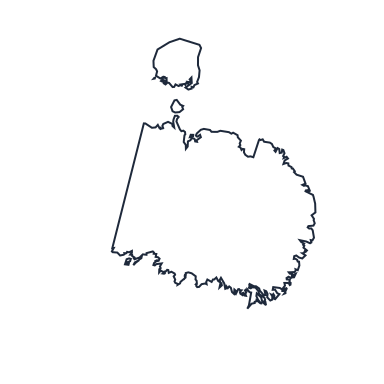 the district of North Vella la Vella, Western, Solomon Islands, rotated 145°
{"feature_id": "97153195B19966779892851", "entity_name": "North Vella la Vella", "entity_type": "district", "adm_level": 2, "iso_a3": "SLB", "parent_name": "Solomon Islands", "parent_adm1": "Western", "projection": "orthographic", "projection_center": [156.59, -7.704], "detail": "fine", "context": "isolated", "style": "outline", "palette": "slate", "viewbox_px": 384, "rotation_deg": 145, "n_neighbors": 0, "source": "geoboundaries", "source_scale": "gbopen_adm2", "svg_char_len": 5968}
<svg xmlns="http://www.w3.org/2000/svg" viewBox="0 0 384 384"><g transform="rotate(145 192 192)"><path d="M289.5,191.7L288.2,191.0L291.7,189.3L291.5,188.2L287.9,185.2L287.3,181.2L284.0,179.8L282.8,179.8L282.5,180.7L280.8,179.5L279.5,180.2L278.1,178.7L275.0,178.2L275.9,176.9L278.5,176.1L277.0,175.0L277.7,174.0L276.7,171.5L277.7,171.3L277.7,169.9L272.5,168.4L268.0,169.1L265.3,166.7L264.3,168.0L258.2,165.8L257.9,164.2L258.8,163.4L256.8,161.7L259.0,159.7L257.3,158.1L256.8,156.0L258.8,154.8L260.0,155.3L259.9,156.2L261.6,156.5L261.8,155.7L263.8,155.6L265.5,154.3L264.6,153.2L262.6,153.4L257.8,150.9L261.0,149.4L261.3,147.7L263.1,147.5L265.0,145.0L262.6,145.6L261.4,142.5L260.3,142.7L259.7,141.9L257.0,142.5L256.2,141.7L257.4,139.1L254.6,138.5L253.0,135.2L253.3,133.9L255.4,133.4L256.0,129.9L257.6,128.8L257.8,127.2L256.4,124.9L257.1,124.2L254.2,124.0L252.9,125.0L246.4,125.6L245.0,127.5L246.6,126.4L246.2,127.4L245.4,128.1L243.9,127.3L244.6,128.1L243.6,129.2L241.1,128.3L238.9,125.6L237.3,120.8L239.3,118.3L239.1,116.7L240.3,114.6L241.7,114.2L241.2,113.6L242.4,112.7L242.3,111.1L240.6,110.2L237.0,111.0L233.7,109.5L232.9,108.1L232.0,110.1L229.6,111.5L227.5,107.1L225.0,108.3L224.0,107.6L221.1,108.0L221.6,104.0L220.7,101.8L219.8,104.0L217.5,105.1L218.0,98.7L220.3,93.6L219.4,93.4L217.9,94.9L217.8,92.7L215.7,93.3L215.1,91.3L216.6,87.1L215.9,83.8L215.1,83.7L214.6,86.1L213.2,87.8L212.7,85.6L213.5,83.9L209.8,85.9L209.1,85.4L209.1,84.1L207.9,83.1L210.2,82.5L210.7,80.9L209.7,78.4L208.8,78.7L208.6,80.2L207.7,79.9L208.3,77.0L207.3,76.0L206.7,78.2L205.3,78.5L205.0,81.0L203.9,81.2L203.2,79.6L202.6,80.4L202.3,76.9L201.2,75.7L210.4,66.5L213.6,64.7L207.2,66.3L204.3,65.1L203.6,66.1L202.1,65.6L201.2,66.5L199.8,61.6L198.4,60.4L199.4,61.9L199.7,65.8L199.0,69.8L197.1,71.8L195.8,66.0L197.3,62.1L195.2,60.7L193.9,61.8L193.3,63.8L195.5,69.8L194.5,72.8L194.8,77.3L197.4,79.4L199.1,79.4L200.3,80.9L199.1,81.7L198.0,81.3L198.4,83.1L197.6,83.6L195.3,79.3L193.6,78.0L192.3,74.4L193.0,72.3L192.4,66.2L190.9,65.4L189.1,69.7L188.1,68.1L188.6,65.1L190.8,62.6L190.1,58.2L188.1,57.8L186.1,60.3L185.9,62.4L185.3,61.3L183.9,61.8L184.0,59.9L185.9,57.3L185.4,56.5L179.0,58.2L180.2,60.2L180.0,64.4L182.0,65.6L180.0,67.5L175.1,63.0L174.0,60.2L174.8,59.1L173.6,58.3L172.9,58.3L172.7,61.0L169.5,62.0L168.5,64.5L165.9,62.7L165.0,61.2L165.3,59.7L164.5,59.6L163.3,61.0L163.7,62.6L162.1,64.1L164.5,66.1L163.9,67.3L161.5,67.2L160.2,64.8L159.0,65.2L157.1,67.4L158.7,69.0L158.8,70.7L153.9,67.6L151.9,68.3L151.5,69.3L150.2,67.3L146.2,70.2L144.3,73.5L145.3,74.4L144.8,76.1L145.6,78.1L147.0,78.8L145.1,80.8L143.0,80.2L141.9,76.9L139.8,74.3L135.4,75.0L136.7,78.5L135.5,77.8L133.4,78.9L133.2,77.8L131.4,78.2L132.6,82.5L130.8,83.6L131.1,84.8L132.1,84.9L129.8,85.4L131.2,88.3L131.3,90.7L126.8,85.9L124.7,82.3L123.2,82.2L122.3,84.5L121.1,83.3L118.3,84.6L115.1,91.4L115.2,93.7L117.0,94.9L117.5,96.7L116.2,97.3L111.8,94.8L109.4,96.0L108.5,99.2L107.5,100.0L107.4,104.3L102.6,104.5L97.8,111.8L95.2,118.3L94.6,120.2L98.6,127.5L97.9,128.0L96.2,127.2L95.8,125.5L94.8,125.4L93.7,130.3L95.4,132.4L96.8,132.9L97.5,134.5L94.2,133.8L92.3,140.8L96.4,146.2L97.0,149.8L95.9,150.0L95.9,153.4L96.8,154.1L96.2,155.4L97.8,158.3L96.7,160.2L98.2,161.7L101.0,162.5L98.0,164.7L94.2,164.4L94.3,166.6L97.4,167.2L96.3,168.0L96.7,169.2L94.0,170.7L93.1,174.0L93.8,175.0L95.9,172.8L97.8,173.6L95.9,177.2L96.7,178.9L100.5,177.0L100.7,178.7L98.2,179.3L99.6,182.2L99.0,185.5L99.9,187.8L104.1,191.8L103.9,194.6L106.0,195.2L106.5,196.4L107.4,196.1L121.8,185.3L123.6,187.6L125.9,188.8L127.0,191.9L126.7,194.7L124.7,197.1L125.7,198.2L127.3,198.0L126.8,200.6L127.7,202.2L125.5,202.7L125.1,204.4L122.5,206.0L123.1,210.5L122.1,212.4L124.3,217.0L126.3,217.2L127.4,219.8L133.7,225.9L136.7,226.7L141.5,230.1L141.7,232.5L146.1,236.9L149.1,237.9L154.5,237.2L156.3,236.1L156.4,235.0L155.7,234.2L152.6,234.2L153.3,231.8L158.7,231.7L159.1,230.3L160.4,231.6L159.5,233.5L159.9,234.9L161.7,236.2L163.6,235.3L166.3,235.8L169.5,231.7L172.2,230.9L170.1,234.1L170.1,237.7L165.6,242.8L164.4,243.1L163.3,245.2L163.9,247.2L165.8,247.9L166.0,250.2L164.3,258.7L162.4,260.4L159.9,261.1L160.3,262.9L162.3,264.2L165.4,262.1L167.0,260.5L169.6,255.0L170.1,257.2L169.1,259.1L171.4,263.2L176.5,264.2L178.4,263.1L179.1,260.1L179.4,261.2L181.4,261.6L181.1,262.7L182.0,262.8L181.5,266.6L184.8,265.8L188.0,267.6L190.9,274.9L192.1,275.8L289.5,191.7ZM154.8,307.9L152.8,303.1L149.4,302.9L148.8,302.3L149.6,301.8L148.4,301.5L148.6,300.4L147.5,299.9L149.1,297.5L150.5,297.2L148.2,294.4L147.7,289.1L146.3,288.3L143.8,289.6L142.2,286.5L140.0,286.0L139.4,284.9L138.6,285.3L139.1,286.3L136.1,284.8L136.0,283.6L134.1,284.7L133.1,282.9L132.6,284.9L130.7,283.1L129.3,284.0L129.3,285.6L126.8,286.1L129.7,281.4L137.4,281.3L136.2,278.0L133.0,276.9L132.0,278.4L130.8,276.9L128.7,278.2L124.9,277.5L124.7,279.2L120.4,282.1L116.0,287.3L114.4,292.4L109.7,299.0L102.0,304.7L101.5,308.3L114.1,324.6L124.5,327.6L138.5,328.5L148.3,321.6L151.7,316.3L151.0,313.2L151.4,310.8L154.8,307.9ZM161.6,269.3L160.2,266.8L156.4,264.6L151.8,264.9L151.2,267.3L149.9,267.6L151.5,270.2L151.7,276.2L153.8,277.1L160.4,273.6L161.6,269.3ZM288.4,171.2L285.8,168.8L284.6,169.8L285.5,171.0L284.9,171.5L282.4,170.8L280.5,172.3L281.6,173.7L284.1,174.4L288.4,171.2ZM162.2,238.2L159.1,237.1L158.2,238.1L160.2,239.6L162.2,238.2ZM282.0,165.7L278.3,166.4L274.3,166.5L279.2,167.1L282.0,165.7ZM224.2,98.0L221.1,98.4L220.2,100.4L220.7,101.3L224.2,98.0ZM158.0,64.0L157.3,63.6L154.0,65.5L156.1,65.9L158.0,64.0ZM153.7,300.7L152.9,299.3L150.8,299.2L151.7,301.1L153.7,300.7ZM172.5,59.8L171.7,57.5L169.9,58.5L169.9,59.1L172.5,59.8ZM197.0,59.9L196.5,57.6L196.0,57.5L195.1,59.5L197.0,59.9ZM152.8,297.2L152.0,295.3L151.2,295.4L152.1,297.7L152.8,297.2ZM273.9,167.0L271.5,166.8L270.6,167.6L273.2,167.6L273.9,167.0ZM174.8,55.8L173.5,55.5L172.5,57.1L173.1,56.4L174.8,55.8ZM158.5,306.8L157.4,306.3L156.8,306.8L157.3,307.1L158.5,306.8ZM262.5,141.8L261.8,141.1L261.2,141.0L261.3,141.7L262.5,141.8Z" fill="none" stroke="#1e293b" stroke-width="2"/></g></svg>